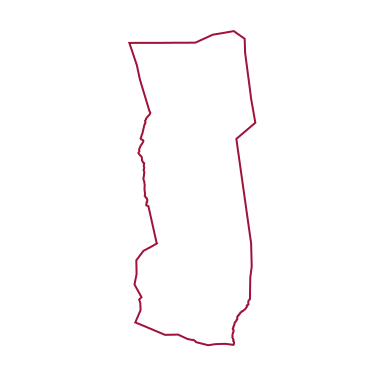 Erdene, Govi-Altay, Mongolia, rotated 170°
{"feature_id": "93677404B39886975300314", "entity_name": "Erdene", "entity_type": "district", "adm_level": 2, "iso_a3": "MNG", "parent_name": "Mongolia", "parent_adm1": "Govi-Altay", "projection": "natural_earth1", "projection_center": [97.682, 44.036], "detail": "fine", "context": "isolated", "style": "outline", "palette": "rose", "viewbox_px": 384, "rotation_deg": 170, "n_neighbors": 0, "source": "geoboundaries", "source_scale": "gbopen_adm2", "svg_char_len": 5385}
<svg xmlns="http://www.w3.org/2000/svg" viewBox="0 0 384 384"><g transform="rotate(170 192 192)"><path d="M270.5,73.4L262.9,68.6L243.4,56.0L230.5,54.0L221.9,48.0L217.6,46.3L216.5,46.2L216.2,46.0L216.0,45.8L215.6,45.4L215.3,45.2L214.8,44.7L214.5,44.5L214.3,43.9L214.2,43.5L213.8,43.3L202.7,38.3L195.3,38.1L191.7,37.6L185.6,36.7L177.8,34.3L177.7,34.3L177.2,34.8L177.2,35.2L177.0,35.6L176.8,35.9L176.7,36.6L176.8,37.1L177.0,37.6L177.3,38.1L177.2,38.4L177.0,38.6L177.0,38.8L176.8,38.9L176.8,39.1L176.9,39.5L177.1,39.9L177.2,40.3L177.2,40.7L177.4,41.6L177.5,41.9L177.4,42.1L177.2,42.5L177.1,42.8L177.1,43.2L177.1,43.7L177.1,43.9L176.6,45.1L176.4,45.5L176.3,45.9L176.0,46.4L175.8,46.6L175.5,46.9L175.4,47.2L175.4,47.6L175.3,47.9L175.1,48.2L175.0,48.5L175.1,48.9L175.3,49.1L175.5,49.3L175.7,50.0L175.3,50.7L175.0,50.9L174.7,51.3L174.8,51.9L174.5,52.4L174.2,52.8L173.7,53.2L173.5,53.6L173.4,54.0L173.4,54.3L173.2,54.6L173.1,54.8L172.9,54.9L172.9,55.0L172.7,55.5L172.5,56.1L172.2,56.5L171.9,56.6L171.3,56.8L171.1,57.0L170.9,57.3L170.7,57.7L170.6,58.0L170.2,58.1L169.9,58.3L169.7,58.6L169.4,59.0L169.3,59.3L169.4,59.7L169.4,60.0L169.3,60.3L169.3,60.8L169.0,61.1L168.8,61.4L168.5,61.8L168.5,62.0L168.3,62.2L167.8,62.2L167.5,62.4L167.4,62.6L167.3,62.9L167.1,63.0L166.8,63.1L166.7,63.2L166.6,63.4L166.5,63.6L166.2,63.7L165.9,63.8L165.7,64.0L165.5,64.3L165.5,64.6L165.4,64.8L165.2,65.0L164.9,65.1L164.7,65.1L164.2,65.2L163.8,65.4L163.5,65.6L163.3,66.0L163.0,66.1L162.8,66.1L162.6,66.1L162.3,66.1L162.1,66.2L161.9,66.3L161.7,66.5L161.2,66.7L160.8,67.0L160.5,67.1L160.3,67.3L160.1,67.4L159.8,67.5L159.4,67.8L159.3,68.0L159.2,68.2L159.1,68.3L159.0,68.5L158.8,68.6L158.4,68.9L158.1,69.1L158.0,69.4L157.8,69.8L157.7,70.2L157.8,70.6L157.6,70.8L157.3,70.9L157.0,70.8L156.8,71.1L156.7,71.3L156.3,71.3L155.9,71.6L155.9,71.9L155.9,72.2L155.8,73.3L155.7,73.7L155.7,74.0L155.4,74.7L155.2,75.1L154.2,75.9L153.9,76.3L153.5,76.5L149.5,97.5L146.1,108.4L142.7,131.2L139.1,236.6L117.6,249.2L117.6,274.6L117.4,276.6L115.5,320.2L113.5,333.7L122.9,343.2L134.6,343.2L144.4,343.3L162.7,338.5L171.8,340.0L183.2,342.0L195.7,344.1L213.3,347.2L227.8,349.7L224.3,326.5L223.8,312.7L223.6,310.4L219.8,278.6L219.6,278.3L219.5,278.0L219.4,277.8L219.3,277.5L219.3,277.1L219.4,276.9L219.9,276.3L220.1,276.1L220.3,275.6L220.5,275.4L220.9,275.1L221.3,274.9L221.7,274.7L221.9,274.5L222.2,274.2L222.4,274.0L222.7,273.7L223.0,273.5L223.4,273.2L224.0,272.7L224.3,272.4L224.4,272.2L224.6,272.0L224.6,271.8L224.7,271.6L224.9,271.2L225.2,271.0L225.6,270.6L225.8,270.4L225.9,270.1L225.9,269.9L225.8,269.5L225.7,269.2L225.7,268.9L225.8,268.4L225.9,268.1L226.2,268.0L226.3,267.9L226.5,267.7L226.5,267.4L226.5,267.2L226.9,266.7L227.2,266.3L227.5,265.8L227.8,265.1L228.0,264.5L228.4,263.6L228.6,263.3L229.1,262.0L229.2,261.8L229.2,261.6L229.5,261.0L229.9,260.2L230.1,259.8L230.2,259.5L230.2,259.4L230.5,258.5L230.7,258.2L230.9,257.9L231.0,257.7L231.4,257.3L231.6,257.0L231.8,256.4L232.1,255.8L232.4,255.4L232.4,255.0L232.5,254.7L232.8,254.4L233.1,254.1L233.3,253.8L233.3,253.7L233.2,253.3L233.0,252.8L232.9,252.6L232.5,252.4L231.8,252.0L231.5,251.8L231.3,251.6L231.1,251.3L231.0,251.2L231.0,250.9L231.0,250.7L231.3,250.1L231.5,249.8L232.3,248.8L232.9,248.1L233.7,247.3L234.1,246.9L234.5,246.5L234.7,246.2L235.2,245.5L235.5,245.0L235.7,244.6L236.0,244.3L236.4,243.8L236.5,243.4L236.8,242.8L236.8,242.5L236.7,242.0L236.7,241.8L236.7,241.6L236.8,241.2L237.0,240.9L237.3,240.6L237.6,240.3L237.9,240.0L238.0,239.8L238.0,239.7L237.8,239.1L237.6,238.6L237.3,238.2L237.0,237.8L236.9,237.6L236.8,237.3L236.7,236.9L236.5,236.7L236.2,236.5L236.0,236.3L235.8,236.0L235.7,235.9L235.6,235.6L235.5,235.3L235.5,234.8L235.5,234.4L235.5,234.0L235.5,233.6L235.5,233.1L235.6,232.6L235.6,232.1L235.6,231.9L235.7,231.5L235.7,231.4L235.6,231.2L235.3,230.8L235.2,230.6L235.2,230.3L235.1,229.7L235.0,229.3L234.8,229.2L234.5,229.1L234.3,229.0L234.1,228.7L234.2,228.4L234.5,227.4L235.0,225.9L235.1,225.7L234.8,224.8L234.8,224.5L234.8,224.3L235.1,223.6L235.3,223.1L235.5,222.5L235.6,222.4L235.8,222.2L235.9,221.8L235.9,221.6L235.6,221.1L235.6,220.2L235.6,219.9L235.5,219.7L235.6,219.3L235.7,219.0L235.8,218.6L236.1,218.3L236.2,217.9L236.2,217.6L236.2,217.4L236.3,217.2L236.4,216.9L236.4,216.7L236.5,216.4L236.7,215.9L237.0,215.1L237.3,214.4L237.4,214.1L237.4,213.7L237.5,213.6L237.5,212.9L237.6,212.5L237.5,212.2L237.4,211.7L237.3,211.2L237.2,210.9L237.2,210.7L237.3,210.1L237.3,209.7L237.3,209.2L237.4,207.2L237.5,206.6L237.5,206.2L237.8,205.3L238.1,204.3L238.2,203.4L238.4,202.0L238.4,201.7L238.4,200.8L238.5,200.1L238.5,199.2L238.6,198.7L238.6,198.2L238.8,197.5L238.9,197.2L239.1,196.8L239.1,196.7L239.1,196.4L239.2,196.2L238.9,195.9L238.7,195.6L238.6,195.4L238.5,195.1L238.6,194.9L238.6,194.7L238.4,194.4L238.1,194.2L237.9,194.0L237.7,193.8L237.6,193.7L237.7,193.3L237.6,192.9L237.5,192.7L237.4,192.5L237.4,192.2L237.4,191.9L237.5,191.7L237.5,191.3L237.5,191.2L237.7,190.9L237.8,190.8L237.9,190.6L237.9,190.4L237.9,190.2L238.0,190.0L238.1,189.9L238.3,189.7L238.6,189.6L238.6,189.3L238.5,189.1L238.7,188.8L238.8,188.6L238.9,188.2L239.1,187.8L239.2,187.6L239.3,187.4L239.4,187.2L239.3,186.8L239.2,186.7L238.9,186.5L238.7,186.4L238.5,186.2L238.2,186.0L237.7,185.7L237.4,185.6L235.7,148.3L235.4,147.5L241.1,145.4L250.0,142.5L258.7,134.4L260.8,120.9L264.7,110.9L260.0,97.2L262.7,95.3L262.2,91.6L263.2,84.5L270.5,73.4Z" fill="none" stroke="#9f1239" stroke-width="2"/></g></svg>